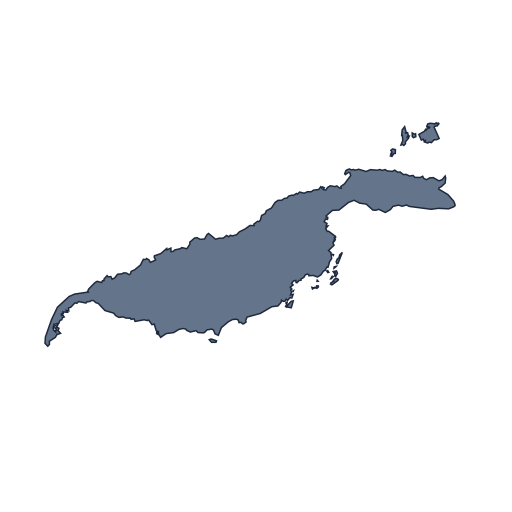 Halmahera Utara, Maluku Utara, Indonesia (Robinson projection), rotated 58°
{"feature_id": "22746128B41252486574655", "entity_name": "Halmahera Utara", "entity_type": "district", "adm_level": 2, "iso_a3": "IDN", "parent_name": "Indonesia", "parent_adm1": "Maluku Utara", "projection": "robinson", "projection_center": [127.874, 1.56], "detail": "fine", "context": "isolated", "style": "filled", "palette": "slate", "viewbox_px": 512, "rotation_deg": 58, "n_neighbors": 0, "source": "geoboundaries", "source_scale": "gbopen_adm2", "svg_char_len": 6076}
<svg xmlns="http://www.w3.org/2000/svg" viewBox="0 0 512 512"><g transform="rotate(58 256 256)"><path d="M222.2,480.4L221.5,478.0L218.8,476.4L218.7,469.4L217.2,466.5L218.0,462.7L214.5,463.4L212.8,461.4L211.4,462.3L210.7,464.2L213.3,464.5L213.0,465.6L214.4,466.2L211.4,467.0L209.3,464.9L209.2,466.0L206.9,463.5L209.6,462.7L210.1,461.5L209.3,460.3L207.7,461.0L208.6,458.9L206.7,456.4L207.2,454.6L205.7,452.6L206.1,451.0L203.5,451.1L203.3,452.5L201.9,451.7L202.6,449.9L201.1,449.5L203.8,445.7L201.6,445.7L203.4,443.9L200.7,442.6L201.3,440.3L199.8,434.3L201.2,433.0L200.6,430.7L205.8,425.1L205.3,423.5L206.6,421.0L206.5,419.1L207.8,417.4L210.8,416.5L212.6,414.9L222.2,413.0L229.0,407.0L232.2,406.6L235.4,404.8L237.3,400.9L239.6,399.3L242.3,395.4L243.5,395.5L244.7,392.7L247.4,393.2L250.8,384.7L253.1,382.4L253.4,381.0L259.1,380.6L259.8,378.4L266.6,380.2L268.3,378.9L270.5,380.0L274.5,380.0L274.2,373.3L277.3,366.4L277.4,360.2L278.8,356.4L280.8,354.2L282.1,354.3L285.7,352.0L287.5,346.5L290.2,345.7L293.1,341.7L293.6,340.3L292.7,336.6L294.6,332.2L296.4,331.3L300.3,332.0L303.3,330.0L298.4,323.3L297.1,314.4L297.4,309.7L299.1,306.2L300.8,305.0L303.5,305.7L304.6,303.7L306.4,303.4L307.0,302.3L306.7,299.4L305.0,298.8L303.1,295.9L307.0,282.8L307.4,269.4L310.0,263.9L308.6,259.4L307.0,257.8L308.8,257.1L309.7,255.3L308.6,253.3L310.4,252.7L309.3,249.2L310.6,247.9L308.2,244.8L307.3,247.3L305.2,244.8L303.1,244.6L303.0,243.1L300.6,243.5L300.2,239.8L298.2,240.4L297.0,237.4L297.8,235.2L299.7,236.1L300.4,235.5L299.6,232.5L300.4,230.7L299.4,230.0L299.5,226.8L298.1,224.1L298.6,222.0L299.6,221.1L300.8,221.6L302.8,217.8L306.4,215.0L306.4,211.0L304.6,206.9L304.7,204.8L303.0,202.0L303.7,200.9L299.8,196.6L298.3,193.2L292.7,190.6L289.8,191.6L288.2,184.1L285.7,183.8L283.9,181.3L285.3,182.6L284.8,181.1L284.0,180.0L283.1,180.6L282.5,178.9L281.7,179.5L281.4,178.2L273.5,181.3L273.0,182.5L269.7,182.4L268.6,179.2L267.9,180.8L266.1,178.6L263.0,180.0L261.5,177.4L262.8,176.1L262.0,175.0L261.0,174.7L260.3,175.8L259.2,175.4L257.8,167.0L261.0,161.3L259.6,149.2L260.7,143.3L266.2,140.0L270.4,135.0L278.9,132.6L280.7,130.1L281.5,127.1L287.6,123.3L287.9,117.5L286.5,113.6L288.3,108.3L291.3,105.6L292.5,101.4L295.2,99.7L309.2,82.7L312.2,76.1L318.1,67.6L319.1,62.0L318.8,60.5L317.3,59.8L314.2,59.3L305.6,60.7L296.1,65.6L295.1,64.5L295.4,62.3L294.4,57.0L290.4,53.8L288.4,53.2L289.9,57.7L289.2,61.1L283.5,64.1L281.8,67.2L281.6,71.0L279.1,72.6L276.7,72.4L276.4,75.2L273.4,79.7L270.9,80.1L269.6,83.3L266.3,85.5L265.1,87.8L261.1,89.3L260.1,91.4L256.7,92.9L256.5,95.5L253.3,99.7L251.1,100.7L250.3,103.6L248.3,105.1L247.5,107.7L243.4,113.2L242.7,117.8L236.9,122.9L235.7,126.6L234.3,127.4L233.5,129.6L231.8,130.5L231.4,131.8L231.1,134.3L233.2,137.2L234.3,137.1L234.1,133.2L235.3,132.3L238.0,133.1L241.7,142.7L242.0,147.2L243.7,147.8L242.5,149.2L239.4,150.3L238.9,152.4L235.8,155.8L235.8,159.0L237.1,161.9L235.2,163.8L234.3,161.9L232.5,163.2L233.2,164.2L231.6,164.4L232.8,167.6L230.6,172.4L230.8,175.0L228.7,178.5L228.3,181.9L224.9,185.1L225.5,187.9L224.4,188.5L224.4,192.4L223.5,193.0L222.5,196.5L223.3,198.8L222.2,201.6L222.3,204.8L220.5,207.7L220.6,211.3L223.5,217.5L223.1,223.3L224.9,225.8L224.6,229.8L227.9,233.3L228.4,235.1L227.4,236.3L227.8,240.9L229.2,241.5L226.9,245.0L227.3,250.9L226.7,257.4L227.7,261.2L226.4,265.4L224.8,266.8L225.3,268.8L223.0,270.1L223.5,274.3L221.2,278.2L220.4,281.4L211.7,284.3L211.9,286.2L214.3,290.6L212.3,294.5L209.2,296.3L208.2,298.6L209.2,304.8L210.9,305.8L213.2,310.8L209.5,314.5L209.7,316.3L207.8,321.6L208.2,323.8L207.2,325.8L204.2,324.0L203.6,328.2L202.3,327.7L203.5,335.5L202.0,342.0L203.1,343.0L206.0,343.1L206.1,344.6L205.4,349.0L202.6,348.8L200.1,350.1L200.5,351.5L199.1,353.3L202.4,358.7L203.4,366.1L202.9,370.1L204.5,371.8L204.6,373.5L201.8,374.9L200.3,376.9L199.9,379.5L198.1,383.0L199.7,387.5L199.5,390.3L196.5,390.0L195.3,392.5L193.7,392.7L195.0,397.1L196.3,397.9L195.6,399.3L196.7,401.0L193.3,404.1L193.2,406.6L195.3,415.3L196.7,417.4L197.7,417.3L192.2,429.9L191.3,435.9L194.2,451.5L201.5,463.0L213.1,477.5L218.2,481.2L222.2,480.4ZM240.8,30.8L240.0,30.8L239.2,32.9L238.6,32.7L238.6,34.3L235.7,38.0L235.0,40.3L236.6,42.6L237.3,42.6L238.0,40.8L239.0,40.6L239.3,41.5L238.4,42.8L239.4,45.0L238.5,45.1L239.5,47.2L239.2,53.5L245.3,54.4L245.6,52.3L247.8,52.6L247.5,50.5L248.6,52.7L251.2,50.5L251.3,48.6L252.8,47.2L251.8,43.4L253.1,41.2L253.4,38.4L241.2,36.7L240.6,35.8L241.7,33.4L240.8,30.8ZM230.7,63.1L225.1,61.4L226.5,65.2L231.0,68.6L231.3,68.0L235.8,70.3L238.7,74.3L239.4,72.3L240.6,72.0L240.0,69.7L238.4,68.9L237.0,64.4L235.6,62.6L235.2,64.6L234.1,62.8L231.7,62.1L230.8,64.7L230.7,63.1ZM318.6,253.5L313.8,248.2L313.1,250.3L314.8,256.4L315.9,256.5L318.6,253.5ZM305.7,190.3L298.7,180.9L299.4,184.4L301.4,186.6L301.7,188.8L303.4,191.1L305.4,191.5L305.7,190.3ZM239.7,81.4L237.6,83.4L237.8,85.6L239.8,85.7L241.3,88.4L241.0,86.6L242.0,87.5L242.0,86.9L242.4,88.9L243.6,88.0L242.2,84.9L242.8,83.5L239.7,81.4ZM320.7,206.9L320.2,199.4L319.5,198.6L317.7,199.5L317.2,201.6L318.1,204.0L318.6,203.7L318.5,206.8L319.3,207.7L320.7,206.9ZM307.0,334.4L302.6,338.0L302.2,340.0L305.7,339.4L308.0,335.7L307.0,334.4ZM239.5,57.2L236.9,55.9L236.8,57.0L234.4,58.3L237.5,60.2L239.1,59.8L239.5,57.2ZM311.3,195.6L310.1,198.8L312.0,198.7L310.9,198.1L311.6,197.2L314.4,199.8L315.7,199.5L313.9,196.1L311.3,195.6ZM314.4,219.0L313.4,220.4L314.4,221.4L314.3,222.7L315.7,221.5L315.3,219.4L314.4,219.0ZM308.4,202.9L305.7,202.9L306.8,203.2L306.3,204.0L308.1,203.9L308.4,202.9ZM314.1,223.7L313.6,222.3L313.8,223.7L312.2,225.2L313.9,225.6L314.1,223.7ZM314.4,201.5L313.5,202.1L314.9,204.8L315.2,204.3L314.4,201.5ZM307.7,196.4L307.6,194.5L307.3,193.5L306.6,195.4L307.7,196.4ZM313.2,255.7L312.0,254.2L311.5,254.1L311.6,255.5L313.2,255.7ZM268.3,380.7L268.3,379.1L267.2,379.8L268.3,380.7ZM310.3,216.7L309.0,216.9L309.8,217.7L310.3,216.7ZM269.3,379.9L269.7,381.1L270.6,380.7L270.5,380.1L269.3,379.9ZM305.2,243.4L306.1,244.1L305.3,242.7L305.2,243.4ZM314.5,257.7L315.2,257.3L313.7,256.4L314.5,257.7ZM295.9,189.5L295.1,190.4L296.4,190.1L295.9,189.5Z" fill="#64748b" stroke="#1e293b" stroke-width="1.5"/></g></svg>